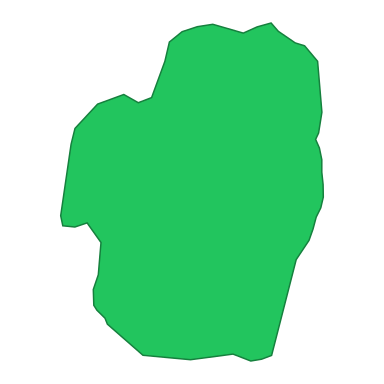 map outline of Imo (Equal Earth projection)
{"feature_id": "NGA-2843", "entity_name": "Imo", "entity_type": "State", "adm_level": 1, "iso_a3": "NGA", "parent_name": "Nigeria", "parent_adm1": "", "projection": "equal_earth", "projection_center": [7.056, 5.554], "detail": "fine", "context": "isolated", "style": "filled", "palette": "green", "viewbox_px": 384, "rotation_deg": 0, "n_neighbors": 0, "source": "natural_earth", "source_scale": "10m", "svg_char_len": 694}
<svg xmlns="http://www.w3.org/2000/svg" viewBox="0 0 384 384"><path d="M74.9,227.0L62.8,225.8L60.7,215.7L71.1,144.2L75.0,128.4L97.6,104.1L123.8,94.5L138.3,102.7L151.6,97.6L164.9,61.3L169.4,42.0L182.1,31.7L197.3,26.7L212.8,24.3L243.3,33.1L257.1,26.9L271.1,23.0L278.3,31.3L295.2,42.9L304.6,45.8L317.6,61.3L321.9,112.2L318.6,133.0L315.6,139.4L319.4,148.0L321.8,159.7L321.8,172.2L323.1,184.6L323.3,197.1L320.8,207.8L316.2,217.1L313.0,229.1L309.0,240.4L296.2,259.6L271.6,355.4L261.6,359.2L250.8,361.0L233.0,354.1L190.5,359.7L143.0,355.3L107.4,324.2L105.0,318.2L96.9,310.2L93.8,305.3L93.3,289.5L98.3,274.8L101.0,242.5L87.1,222.9L74.9,227.0Z" fill="#22c55e" stroke="#15803d" stroke-width="1.5"/></svg>